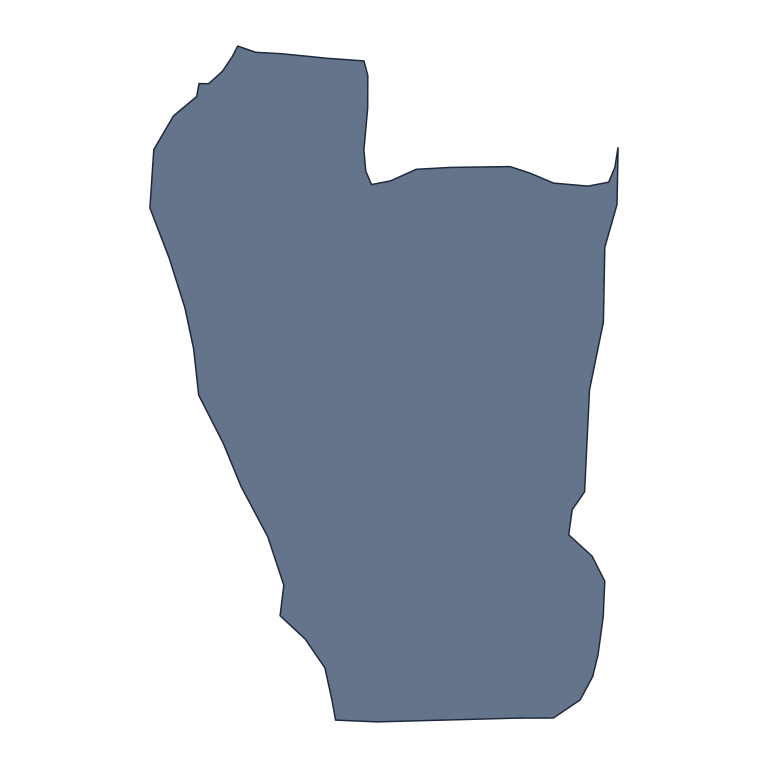 Orsa, Dalarna, Sweden (orthographic projection)
{"feature_id": "70781695B64555643883155", "entity_name": "Orsa", "entity_type": "district", "adm_level": 2, "iso_a3": "SWE", "parent_name": "Sweden", "parent_adm1": "Dalarna", "projection": "orthographic", "projection_center": [14.747, 61.336], "detail": "fine", "context": "isolated", "style": "filled", "palette": "slate", "viewbox_px": 768, "rotation_deg": 0, "n_neighbors": 0, "source": "geoboundaries", "source_scale": "gbopen_adm2", "svg_char_len": 864}
<svg xmlns="http://www.w3.org/2000/svg" viewBox="0 0 768 768"><path d="M199.0,83.6L196.7,96.5L173.5,115.9L153.8,149.5L149.9,208.0L169.1,257.9L184.9,307.8L193.6,348.8L198.7,395.2L223.4,443.6L241.1,486.6L267.8,536.8L283.8,585.2L280.1,615.7L304.4,638.4L305.2,639.1L324.9,667.9L332.0,700.3L335.4,719.1L335.6,720.1L377.0,721.9L517.3,718.1L553.3,718.0L554.7,717.1L580.2,699.9L592.7,676.5L598.0,654.9L603.2,617.1L604.8,581.2L592.1,556.2L568.7,534.8L572.2,509.7L584.6,491.8L589.5,389.9L603.4,322.1L604.8,247.3L617.0,204.6L618.1,147.4L618.0,147.6L614.9,167.4L608.6,182.2L588.1,186.1L553.6,183.1L529.3,172.9L510.1,166.6L450.7,167.4L416.2,169.3L390.7,180.8L371.5,184.6L365.8,171.2L363.9,150.1L367.7,108.0L367.8,75.5L363.9,60.9L327.6,58.3L281.2,53.7L255.7,52.3L237.7,46.1L232.4,56.4L222.4,71.3L208.7,83.7L199.0,83.6Z" fill="#64748b" stroke="#1e293b" stroke-width="1.5"/></svg>